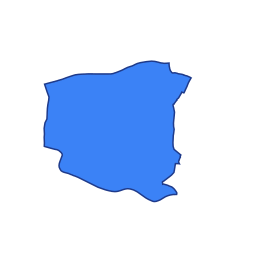 Ba Tri, Bến Tre, Vietnam (orthographic projection), rotated 147°
{"feature_id": "81297802B69586170313052", "entity_name": "Ba Tri", "entity_type": "district", "adm_level": 2, "iso_a3": "VNM", "parent_name": "Vietnam", "parent_adm1": "Bến Tre", "projection": "orthographic", "projection_center": [106.572, 10.071], "detail": "fine", "context": "isolated", "style": "filled", "palette": "blue", "viewbox_px": 256, "rotation_deg": 147, "n_neighbors": 0, "source": "geoboundaries", "source_scale": "gbopen_adm2", "svg_char_len": 4390}
<svg xmlns="http://www.w3.org/2000/svg" viewBox="0 0 256 256"><g transform="rotate(147 128 128)"><path d="M208.2,158.2L207.9,157.8L203.5,152.8L200.7,149.7L200.1,149.2L199.2,148.3L198.2,146.6L197.4,143.8L197.4,142.9L197.4,142.1L197.9,141.0L199.9,139.5L203.0,137.2L204.8,135.8L205.6,134.9L206.4,133.9L207.0,132.6L207.1,132.4L207.4,130.2L207.4,128.7L206.8,127.2L205.7,125.6L202.7,122.3L202.3,121.7L201.9,121.1L201.4,120.3L200.8,119.6L200.3,118.9L199.9,118.2L199.4,117.5L198.7,116.7L198.5,116.4L196.7,113.8L185.5,94.8L185.3,94.5L183.9,92.7L182.6,91.0L181.5,89.6L180.9,88.8L179.5,87.2L177.9,85.5L176.6,84.3L176.2,83.8L174.8,82.7L173.8,81.9L172.4,81.1L171.1,80.5L170.2,80.2L168.6,79.7L165.7,79.0L163.8,78.4L162.4,77.8L161.4,77.3L160.6,76.7L159.3,75.6L157.9,74.0L157.2,73.2L156.7,72.4L156.0,71.2L155.5,70.3L154.9,69.2L154.0,66.9L153.8,66.4L151.3,60.1L150.9,59.2L150.1,57.7L149.5,56.6L148.5,55.1L147.8,54.0L146.9,52.8L146.0,52.0L144.5,51.2L142.3,50.6L140.1,50.2L136.8,50.1L134.0,50.0L131.4,49.5L129.3,48.9L127.7,48.2L126.3,47.6L124.9,46.7L123.4,45.8L122.5,46.8L122.4,47.0L122.3,47.9L122.3,49.1L122.4,50.9L122.6,52.3L122.9,53.3L123.1,54.0L123.5,54.9L125.0,56.9L125.8,58.2L126.2,58.7L126.7,59.3L127.4,60.1L127.6,60.3L128.2,61.0L128.8,61.6L129.1,61.8L129.4,61.9L129.3,62.0L129.2,62.5L129.1,62.8L128.9,63.2L128.8,63.5L128.7,63.8L128.6,64.0L128.4,64.1L128.0,64.1L127.5,64.1L126.9,64.0L126.5,64.0L126.4,64.0L126.1,64.1L125.6,64.1L124.7,64.2L124.3,64.2L123.0,64.3L122.2,64.4L120.4,64.5L118.4,64.7L117.3,64.8L117.2,64.8L114.5,65.5L113.8,65.7L113.6,65.8L113.4,66.0L112.5,67.0L112.1,67.3L111.2,68.4L110.6,69.0L109.9,69.8L109.2,70.6L107.6,72.3L106.9,71.8L106.1,71.3L105.4,70.9L105.2,70.8L105.1,70.7L104.8,70.3L104.6,70.2L104.4,70.0L104.3,70.7L104.3,71.0L104.1,71.7L103.7,72.4L103.5,72.7L103.2,72.9L102.7,73.1L102.2,73.6L101.6,74.0L100.8,74.6L100.3,74.8L100.1,74.9L99.9,75.1L99.9,75.3L99.8,75.6L99.4,75.9L99.2,76.2L98.9,76.5L98.4,76.6L100.5,83.3L101.0,85.0L100.2,87.9L100.1,88.1L99.7,88.8L98.3,91.2L94.0,97.2L93.1,98.1L90.0,101.8L89.2,103.8L88.9,104.5L88.3,105.5L87.5,106.8L87.2,107.4L87.1,107.5L86.9,107.7L85.9,109.0L84.7,110.5L84.4,110.8L83.8,111.6L82.6,113.1L80.4,115.9L80.2,116.3L80.0,116.9L79.6,117.8L79.4,118.5L79.1,119.1L78.9,119.6L78.8,120.0L78.7,120.1L78.5,120.8L78.3,121.3L78.2,121.6L78.1,122.0L77.8,122.5L77.7,122.7L77.5,123.0L77.2,123.2L77.0,123.3L76.8,123.3L76.5,123.1L76.3,123.0L76.2,123.1L75.7,123.4L74.4,123.9L73.9,124.1L72.5,124.6L71.9,124.7L71.9,124.9L71.9,125.0L71.7,125.2L71.4,125.3L71.0,125.4L70.0,125.6L69.9,125.6L69.4,125.6L69.2,125.7L69.0,125.8L68.5,126.0L67.8,126.4L67.4,126.6L67.0,126.8L66.0,127.3L65.0,127.8L64.6,128.0L63.8,128.5L63.5,128.7L63.3,128.8L63.1,128.4L62.5,127.7L62.1,127.1L61.9,127.0L60.1,128.1L58.9,128.9L58.7,129.1L58.3,129.2L57.9,129.5L57.1,130.0L55.8,130.8L55.4,131.1L54.9,131.5L52.6,133.1L52.2,133.3L50.8,134.1L50.2,134.4L49.2,134.9L48.7,135.2L48.4,135.4L47.8,135.6L48.2,136.5L48.4,136.9L49.3,138.2L50.1,139.5L51.1,140.5L52.1,141.7L52.2,141.8L52.3,141.9L52.2,142.0L52.3,142.1L52.7,142.7L53.1,143.2L54.2,144.3L54.8,144.8L55.8,145.7L56.3,146.1L56.8,146.9L58.1,148.3L59.0,149.0L60.2,149.6L60.6,149.9L60.9,150.2L61.0,150.5L61.1,150.9L61.2,152.7L61.2,153.0L61.0,153.9L60.8,154.8L60.3,155.9L59.8,157.3L58.9,159.0L58.2,160.1L60.0,161.1L61.1,161.7L61.5,162.0L62.1,162.3L62.9,162.9L63.9,163.8L65.0,164.7L66.6,166.5L66.9,166.8L69.1,169.1L71.8,171.2L76.4,173.6L81.9,176.0L85.0,177.0L87.4,177.4L89.5,177.6L90.8,177.8L92.9,178.4L95.2,179.0L98.0,179.4L100.4,179.6L102.4,179.9L105.0,180.4L107.9,181.0L109.6,181.5L110.7,181.7L111.8,182.2L112.8,182.6L115.0,184.0L120.7,187.7L125.2,190.6L129.8,193.7L132.8,195.6L134.6,196.6L136.9,198.0L140.5,200.0L143.3,201.3L145.6,202.0L149.0,202.9L151.8,203.6L153.4,204.0L153.7,204.0L154.2,204.1L154.9,204.3L155.4,204.4L155.9,204.5L156.5,204.6L156.9,204.8L157.5,204.9L158.0,205.1L158.4,205.2L158.9,205.4L159.6,205.5L160.0,205.7L160.6,205.9L161.2,206.0L161.7,206.1L162.1,206.3L162.5,206.4L163.1,206.6L163.6,206.8L164.2,206.9L164.7,207.1L165.2,207.3L165.6,207.4L166.1,207.6L166.8,207.8L167.4,208.0L168.1,208.3L168.7,208.4L169.8,208.8L171.0,209.2L172.3,209.6L173.1,209.8L173.5,210.0L174.1,210.2L176.2,202.2L177.4,197.0L179.4,194.5L182.7,191.0L184.8,188.5L187.2,185.2L188.5,183.3L191.1,179.7L194.7,177.6L196.2,176.0L198.5,173.4L201.4,168.4L203.4,165.8L206.3,160.9L208.1,158.4L208.2,158.2Z" fill="#3b82f6" stroke="#1e3a8a" stroke-width="1.5"/></g></svg>